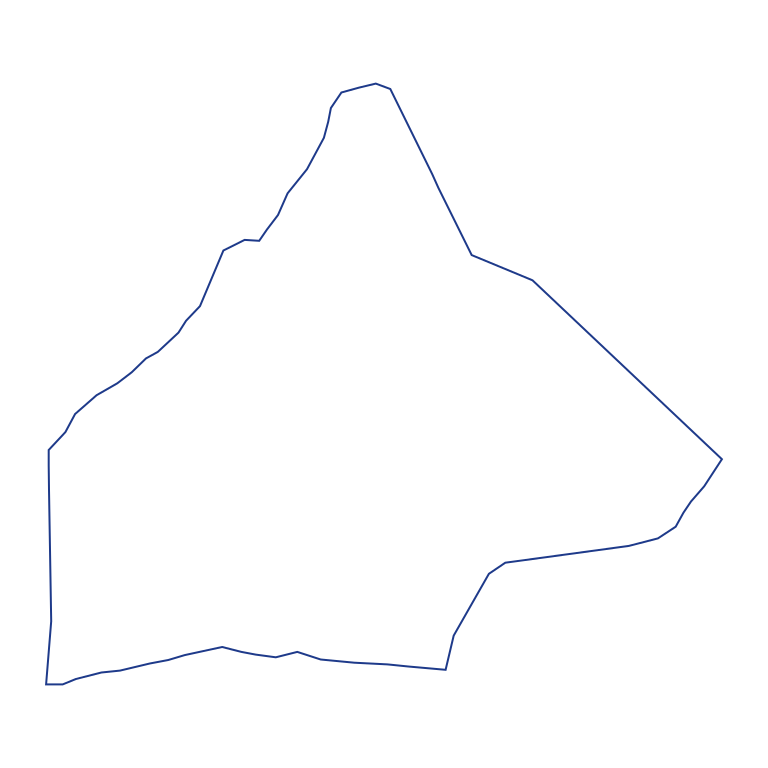 the district of Marcolândia, Piauí, Brazil
{"feature_id": "56859067B6575559229154", "entity_name": "Marcolândia", "entity_type": "district", "adm_level": 2, "iso_a3": "BRA", "parent_name": "Brazil", "parent_adm1": "Piauí", "projection": "orthographic", "projection_center": [-40.748, -7.416], "detail": "fine", "context": "isolated", "style": "outline", "palette": "blue", "viewbox_px": 768, "rotation_deg": 0, "n_neighbors": 0, "source": "geoboundaries", "source_scale": "gbopen_adm2", "svg_char_len": 844}
<svg xmlns="http://www.w3.org/2000/svg" viewBox="0 0 768 768"><path d="M390.3,89.0L375.8,83.6L359.1,87.6L341.4,92.5L330.9,108.0L328.2,121.8L323.9,137.8L307.0,169.2L287.6,193.3L278.0,215.0L266.9,229.6L259.2,240.8L244.6,239.9L223.4,250.5L200.0,306.1L186.1,320.7L178.5,332.6L157.8,351.9L146.0,358.4L131.8,372.2L117.3,383.3L96.6,395.2L75.1,414.0L65.4,432.1L48.7,450.0L48.7,465.4L49.0,489.8L51.2,621.3L46.1,684.4L62.7,684.4L75.9,679.0L101.4,672.5L120.0,670.6L149.8,663.5L168.3,660.0L184.7,655.1L222.1,647.0L241.4,651.9L255.7,654.6L275.8,657.3L297.3,651.9L320.7,659.5L354.3,662.7L387.6,664.4L408.3,666.5L445.6,669.8L453.7,635.6L488.9,573.8L505.3,562.7L628.9,545.9L657.9,538.4L675.7,526.7L683.5,512.6L691.0,501.5L704.2,486.3L721.9,459.2L532.5,280.3L471.7,255.1L438.4,187.9L432.2,174.1L390.3,89.0Z" fill="none" stroke="#1e3a8a" stroke-width="2"/></svg>